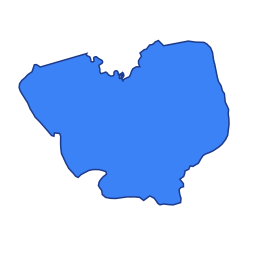 the district of Kerian, Perak, Malaysia, rotated 352°
{"feature_id": "92858781B48608892505394", "entity_name": "Kerian", "entity_type": "district", "adm_level": 2, "iso_a3": "MYS", "parent_name": "Malaysia", "parent_adm1": "Perak", "projection": "albers", "projection_center": [100.545, 4.99], "detail": "fine", "context": "isolated", "style": "filled", "palette": "blue", "viewbox_px": 256, "rotation_deg": 352, "n_neighbors": 0, "source": "geoboundaries", "source_scale": "gbopen_adm2", "svg_char_len": 2579}
<svg xmlns="http://www.w3.org/2000/svg" viewBox="0 0 256 256"><g transform="rotate(352 128 128)"><path d="M170.3,45.6L166.8,46.6L165.5,47.8L163.5,48.8L161.0,48.8L159.0,50.7L157.2,52.5L154.9,52.7L150.3,55.4L151.3,58.8L149.2,61.1L147.8,62.9L147.4,65.5L148.2,69.0L144.6,68.6L141.1,70.0L139.5,72.1L137.6,75.9L136.4,77.4L134.4,78.0L131.7,78.8L130.1,79.6L129.6,80.6L128.6,78.6L129.5,77.7L130.4,76.7L131.2,75.8L131.2,75.1L130.5,75.1L129.7,75.3L128.9,75.3L128.4,76.7L128.1,77.5L126.6,77.8L126.3,77.1L126.8,75.8L127.2,74.7L128.4,74.3L129.5,74.7L131.1,74.1L131.0,73.2L130.5,72.5L130.2,72.2L129.2,73.0L128.1,73.3L127.3,73.7L126.5,74.1L125.9,74.0L126.1,72.9L125.9,71.9L125.7,70.8L125.1,70.0L124.7,69.7L123.8,69.7L122.6,70.0L121.8,71.1L121.7,72.2L121.6,73.0L121.1,73.8L120.3,74.2L118.2,74.3L115.8,72.3L115.3,71.1L114.4,69.9L113.5,69.5L112.0,70.0L110.7,70.2L109.6,70.3L108.7,70.2L108.1,69.2L108.0,68.0L108.2,66.7L108.3,65.5L108.2,64.3L107.9,63.1L107.7,62.3L108.4,61.6L110.4,60.7L111.4,60.2L111.9,59.6L112.1,59.0L111.7,57.5L108.5,55.1L106.7,53.1L105.7,52.9L104.4,53.2L103.7,53.9L103.7,54.8L103.7,55.8L103.7,56.8L103.2,57.5L101.7,57.5L101.1,57.4L100.6,56.6L100.6,55.1L100.4,53.4L100.0,52.2L99.0,51.6L97.5,50.7L96.9,49.6L97.6,48.5L49.6,55.4L46.2,52.5L44.1,52.3L40.8,58.9L36.3,61.2L32.8,64.0L29.3,66.2L26.8,69.1L25.8,72.9L26.5,76.4L28.1,80.2L30.6,85.7L32.2,89.2L33.8,95.5L36.0,100.3L37.6,104.4L39.8,107.3L41.7,109.9L47.5,118.8L49.7,122.3L51.3,124.8L53.5,125.8L54.5,122.6L59.6,123.9L60.2,127.0L59.2,133.1L58.9,135.6L58.6,140.1L58.6,144.2L59.9,148.4L61.5,153.8L63.7,159.8L67.5,165.2L69.4,168.4L71.7,170.0L75.2,167.5L79.6,165.9L83.4,164.6L87.2,164.3L90.1,164.6L93.6,165.2L96.8,166.5L100.0,168.1L100.3,170.7L96.5,172.9L93.9,175.1L92.0,177.3L90.7,180.8L91.7,183.4L93.0,185.6L93.3,186.6L93.3,190.4L96.2,193.6L100.9,195.2L106.0,196.1L109.8,196.1L111.8,196.1L117.2,196.1L124.8,197.1L129.9,198.3L133.4,201.9L140.1,198.3L144.2,201.2L145.8,204.1L147.1,206.9L149.0,208.5L152.8,208.2L157.6,209.5L162.1,210.4L169.7,209.2L170.7,205.0L170.0,201.2L170.0,196.1L172.2,194.2L174.8,193.9L175.1,190.7L172.2,185.9L176.4,183.7L178.0,180.5L178.3,178.6L182.4,177.3L184.3,174.2L186.9,175.1L192.9,172.6L195.5,169.1L198.3,165.9L200.9,164.6L205.3,163.6L209.2,162.4L215.2,159.5L219.0,157.0L223.2,152.8L225.7,149.0L228.6,138.2L229.2,132.4L229.2,128.0L230.2,123.8L229.2,120.0L227.9,115.9L228.2,107.3L226.7,104.4L226.0,99.0L224.1,94.6L223.5,90.4L222.7,76.3L222.5,76.1L222.2,71.7L222.2,65.0L220.9,59.9L217.7,55.7L215.2,53.8L206.6,52.3L199.8,50.3L174.7,51.5L170.3,45.6Z" fill="#3b82f6" stroke="#1e3a8a" stroke-width="1.5"/></g></svg>